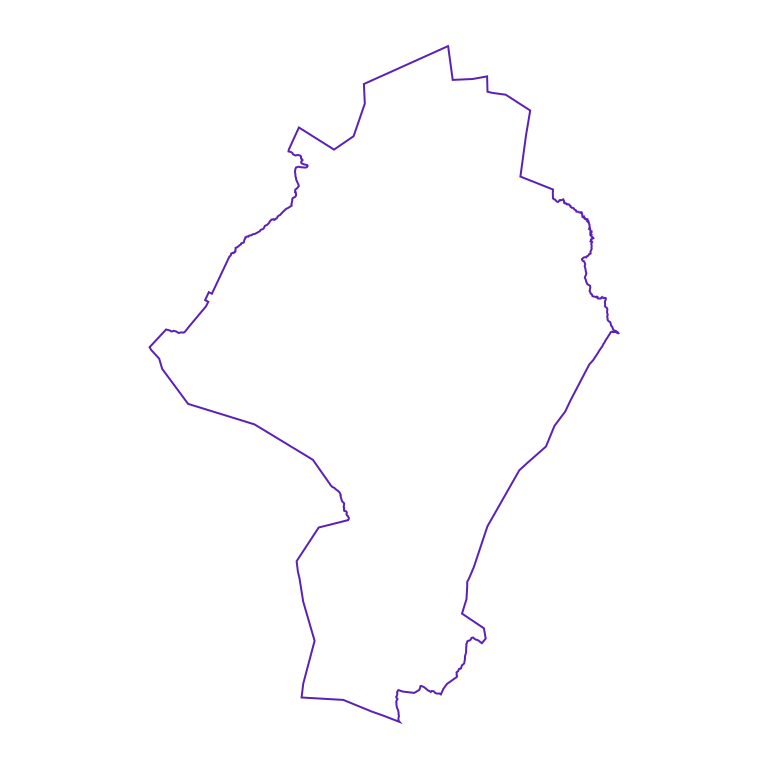 the district of Folldal nor, Hedmark, Norway
{"feature_id": "86288312B29283811421655", "entity_name": "Folldal nor", "entity_type": "district", "adm_level": 2, "iso_a3": "NOR", "parent_name": "Norway", "parent_adm1": "Hedmark", "projection": "albers", "projection_center": [10.131, 62.156], "detail": "fine", "context": "isolated", "style": "outline", "palette": "violet", "viewbox_px": 768, "rotation_deg": 0, "n_neighbors": 0, "source": "geoboundaries", "source_scale": "gbopen_adm2", "svg_char_len": 6094}
<svg xmlns="http://www.w3.org/2000/svg" viewBox="0 0 768 768"><path d="M481.9,643.2L485.7,638.6L483.9,628.3L462.0,613.6L466.5,599.1L467.2,586.2L467.2,581.9L469.0,578.5L473.8,567.2L487.4,526.4L519.3,470.3L527.8,462.5L546.0,446.5L554.5,425.8L565.3,411.4L570.5,400.4L589.3,364.4L593.2,360.1L594.5,358.1L597.8,353.1L599.1,350.9L602.4,346.1L603.5,343.8L604.2,343.0L605.0,341.3L609.7,334.0L610.7,332.2L611.3,331.8L613.8,332.2L615.5,331.9L618.0,333.3L618.4,333.2L618.0,332.5L617.3,331.9L616.1,331.1L613.9,330.3L613.2,329.8L612.3,326.9L611.1,325.6L610.9,324.8L610.7,323.5L610.1,322.0L608.6,321.2L608.1,320.6L607.6,319.8L607.6,318.4L607.2,316.4L607.4,315.7L607.7,315.1L607.7,314.7L607.1,312.7L607.0,311.8L607.3,309.9L607.3,308.8L606.8,307.9L605.2,306.7L604.9,306.0L605.2,304.2L604.9,302.8L604.9,301.6L605.1,300.9L605.8,299.5L605.9,298.7L605.8,298.2L605.0,297.8L603.7,298.1L603.1,297.6L602.2,297.8L601.9,297.1L601.5,297.4L600.7,298.5L598.0,298.5L597.3,297.8L597.6,297.0L597.2,296.7L596.7,296.6L596.2,297.1L595.8,297.1L594.2,296.5L593.2,296.5L592.3,295.9L592.1,294.7L590.8,293.7L590.4,292.4L589.6,291.1L590.3,287.5L590.1,285.8L587.4,284.2L586.2,281.6L585.7,279.5L584.8,277.7L585.2,276.4L585.8,275.3L586.0,274.5L586.4,273.3L586.0,272.2L585.6,270.4L585.6,269.3L584.7,266.4L584.7,265.8L585.1,264.8L585.2,264.0L583.9,261.1L582.5,260.7L581.9,259.2L583.4,257.7L584.7,257.2L586.3,257.4L586.7,256.4L588.3,255.6L589.2,254.1L590.3,253.8L590.7,253.4L590.4,252.2L590.7,251.0L591.4,249.7L591.7,248.3L591.5,247.8L591.7,245.9L591.6,245.5L591.5,244.8L591.3,244.4L591.5,243.7L591.5,243.0L592.2,242.2L591.7,241.3L591.2,241.2L590.8,241.5L590.5,241.3L591.1,240.4L591.0,239.4L593.4,238.2L593.1,237.6L591.9,237.0L591.9,236.6L591.1,236.0L590.7,235.3L591.1,235.0L590.3,234.8L590.4,233.8L590.3,233.1L590.5,233.1L590.7,233.4L591.0,233.3L591.1,232.8L591.6,232.4L591.6,231.3L590.4,231.1L590.2,230.7L590.3,229.6L590.1,228.7L589.1,228.8L589.2,228.3L589.6,228.3L589.8,228.0L589.8,227.1L589.4,225.2L589.5,224.6L588.8,223.3L588.8,222.3L588.5,221.7L587.7,221.8L587.0,221.0L587.9,220.5L587.5,220.1L587.6,219.7L587.5,219.2L586.3,219.0L585.3,219.2L584.4,218.6L584.4,218.4L584.8,218.2L584.8,217.8L584.2,217.4L584.0,216.4L583.5,216.5L583.2,217.2L582.5,217.0L582.5,216.5L582.3,216.0L582.3,215.2L582.1,214.6L582.2,213.9L581.6,213.1L581.8,212.7L581.5,212.2L581.0,212.2L580.6,212.7L580.4,212.8L579.3,212.4L578.1,211.7L576.4,211.7L575.9,210.3L574.3,209.4L573.8,208.3L572.7,207.8L571.9,207.8L570.7,207.0L570.6,206.0L569.7,205.6L569.5,205.2L569.4,204.7L567.8,204.1L567.1,204.5L565.8,203.2L565.3,203.5L564.3,203.1L564.0,202.2L564.2,201.5L563.3,199.4L560.9,200.4L560.3,200.0L559.5,200.2L559.0,201.1L557.9,202.0L556.7,201.5L555.0,199.5L554.0,199.3L553.0,198.4L552.8,192.9L553.0,189.5L520.4,176.6L526.0,135.4L530.2,110.5L505.7,94.7L492.4,92.9L487.5,91.7L487.1,76.4L472.6,79.0L452.7,79.9L448.2,46.7L448.0,46.1L363.9,84.0L364.8,103.7L353.6,136.2L334.0,149.6L298.9,127.5L288.8,149.6L288.5,151.4L291.2,152.1L292.4,153.0L293.0,154.3L295.6,155.5L297.9,154.9L300.2,155.6L301.1,156.6L301.0,158.1L301.5,159.2L302.0,159.2L302.4,159.6L302.5,159.9L302.5,160.4L301.8,160.8L301.1,162.0L301.4,163.2L303.6,164.2L307.4,165.2L307.6,166.2L306.8,167.2L305.2,167.6L300.5,167.2L298.7,166.7L296.0,167.5L295.4,169.0L294.9,171.9L295.3,173.3L295.5,176.7L296.1,177.9L296.0,178.7L296.2,179.7L298.5,184.8L298.8,186.1L296.9,188.5L295.3,189.6L295.1,190.5L295.0,192.1L295.8,192.3L295.7,193.0L296.1,194.1L296.0,195.6L295.0,197.0L292.8,198.0L292.2,199.2L292.3,200.4L291.7,202.9L291.7,203.9L291.4,204.2L291.6,205.7L287.7,208.2L286.6,208.6L285.7,209.2L284.6,210.4L283.7,211.1L279.9,215.1L278.4,215.8L277.6,216.7L276.8,218.3L275.7,218.8L274.8,219.7L274.3,219.9L273.7,219.7L273.5,219.2L272.0,219.6L271.4,219.6L271.2,220.1L269.8,221.3L269.3,222.5L267.9,224.1L267.1,224.8L264.9,225.9L263.6,228.6L262.3,229.3L261.3,229.6L260.3,230.3L259.7,231.3L255.1,233.8L252.7,234.3L251.2,235.4L249.3,235.5L248.2,236.7L247.2,236.4L246.3,236.9L246.1,237.3L245.4,237.4L245.2,238.4L244.4,239.8L244.1,241.0L244.1,241.4L243.7,242.6L241.6,243.1L241.1,243.6L241.0,244.4L240.5,244.7L240.0,244.9L237.2,247.3L235.6,247.8L235.5,251.1L235.3,251.4L235.1,251.4L235.1,251.9L234.5,252.0L233.6,253.1L232.6,252.8L231.3,253.5L231.1,253.8L231.1,254.6L230.3,256.0L229.5,256.4L211.9,293.7L208.8,292.2L205.1,300.1L208.3,301.8L206.0,306.3L187.7,328.2L187.4,328.8L184.5,332.2L183.4,332.6L180.9,332.4L178.7,333.0L176.0,331.4L173.4,330.8L172.2,331.4L171.2,331.4L170.0,330.5L166.1,329.5L149.6,347.2L151.0,349.7L159.2,358.7L162.2,368.9L188.1,403.9L254.5,424.4L312.9,459.8L330.3,484.6L330.7,485.4L331.3,485.8L332.5,487.1L334.3,487.8L336.0,489.5L338.0,490.9L339.3,492.1L340.5,494.3L340.8,495.1L340.4,495.6L341.8,500.5L342.5,501.8L343.9,503.0L344.1,503.5L344.1,505.2L343.8,505.8L343.7,506.6L343.8,507.6L344.1,507.7L344.0,508.9L344.2,509.8L344.0,510.1L344.1,510.7L344.8,511.1L345.9,511.2L346.5,511.8L346.8,512.6L346.8,513.2L346.4,514.1L346.9,515.3L347.7,515.8L348.9,518.1L348.8,519.0L348.2,519.6L348.1,520.1L318.7,527.5L296.6,561.2L297.9,571.7L299.5,578.3L303.2,601.6L314.6,640.8L303.2,683.8L301.6,697.5L343.3,699.9L371.6,711.5L383.2,715.6L399.5,721.9L399.0,721.3L398.5,720.2L398.4,718.8L398.9,715.9L398.9,715.4L398.5,714.2L398.6,712.7L398.1,710.2L397.3,708.4L396.8,707.0L396.7,705.9L396.4,704.8L396.5,703.3L396.2,702.4L396.4,701.0L397.4,699.2L397.4,698.7L396.8,698.3L396.2,696.9L396.8,696.2L397.0,694.9L397.3,694.4L397.3,693.3L397.0,692.5L397.3,692.2L397.3,691.7L398.3,690.1L403.0,691.6L414.3,692.9L419.4,689.8L420.1,687.8L420.5,686.1L421.4,685.9L424.3,687.3L428.2,690.6L429.3,690.9L430.8,692.0L431.7,691.0L433.3,691.2L434.1,691.6L435.3,693.0L437.1,693.6L439.5,693.5L440.9,694.4L443.4,688.8L447.1,683.8L456.9,676.9L457.1,675.8L456.6,675.1L456.6,674.5L456.8,673.9L456.5,672.4L458.3,670.9L459.0,669.0L459.6,668.7L460.7,668.6L461.0,668.4L461.8,665.5L464.0,663.6L464.3,663.1L464.4,661.8L464.9,659.6L465.0,656.2L466.1,652.4L466.2,647.1L466.5,645.6L466.3,644.3L466.9,643.0L467.3,641.4L467.6,641.1L469.7,640.4L470.5,639.8L471.6,637.9L473.0,637.5L474.5,638.8L475.8,639.6L477.8,640.1L481.9,643.2Z" fill="none" stroke="#5b21b6" stroke-width="2"/></svg>